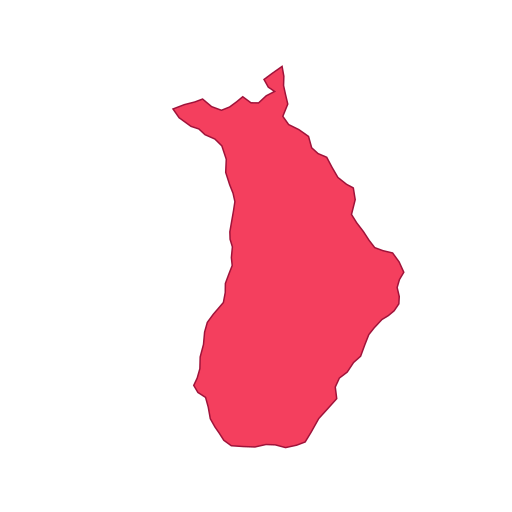 São Sebastião do Anta, Minas Gerais, Brazil, rotated 221°
{"feature_id": "56859067B14262855258372", "entity_name": "São Sebastião do Anta", "entity_type": "district", "adm_level": 2, "iso_a3": "BRA", "parent_name": "Brazil", "parent_adm1": "Minas Gerais", "projection": "mercator", "projection_center": [-41.947, -19.506], "detail": "fine", "context": "isolated", "style": "filled", "palette": "rose", "viewbox_px": 512, "rotation_deg": 221, "n_neighbors": 0, "source": "geoboundaries", "source_scale": "gbopen_adm2", "svg_char_len": 1450}
<svg xmlns="http://www.w3.org/2000/svg" viewBox="0 0 512 512"><g transform="rotate(221 256 256)"><path d="M360.7,416.2L363.5,404.9L365.8,394.5L357.5,391.5L349.9,392.4L353.4,383.6L354.5,373.2L360.3,368.3L370.5,367.5L371.8,359.6L373.7,351.1L377.7,343.3L387.5,339.6L399.3,339.4L403.3,332.0L409.4,323.2L415.1,312.5L404.7,309.9L390.1,311.2L382.5,314.4L374.1,314.1L363.8,317.3L354.0,316.7L341.9,309.5L333.7,299.2L322.6,292.5L314.5,288.3L307.6,283.2L302.6,275.3L296.8,265.7L291.6,257.1L286.5,251.6L279.8,247.4L273.5,238.6L267.7,233.2L264.6,224.5L261.1,215.2L255.2,208.2L250.1,199.5L250.0,184.1L249.2,174.0L244.9,164.9L237.6,154.8L231.9,143.2L224.4,134.1L220.3,125.3L218.1,117.5L210.3,114.9L201.3,116.2L193.0,110.7L183.7,103.2L174.7,100.0L167.5,98.2L159.4,95.8L150.2,96.6L140.4,104.0L131.5,111.2L124.8,120.3L117.6,126.1L108.0,130.8L101.2,139.9L96.9,147.9L98.8,159.1L102.0,174.5L101.7,188.3L101.5,201.3L110.2,209.1L113.0,218.6L111.0,228.2L112.5,239.6L111.3,249.0L115.8,260.8L119.3,270.7L119.7,279.5L119.3,290.7L117.0,297.9L115.8,305.3L116.8,313.6L121.3,319.4L128.8,324.8L132.3,332.4L133.8,340.7L144.1,345.4L154.9,347.9L163.7,343.3L171.9,340.2L180.9,342.0L191.0,344.9L201.8,347.1L211.2,350.0L218.1,363.6L227.2,371.2L234.7,369.5L245.7,369.0L257.1,372.9L267.4,376.9L276.4,374.0L285.0,374.2L294.8,380.7L306.6,379.5L317.6,376.6L327.4,379.0L331.7,391.5L339.9,397.4L347.0,402.7L352.9,409.9L360.7,416.2Z" fill="#f43f5e" stroke="#9f1239" stroke-width="1.5"/></g></svg>